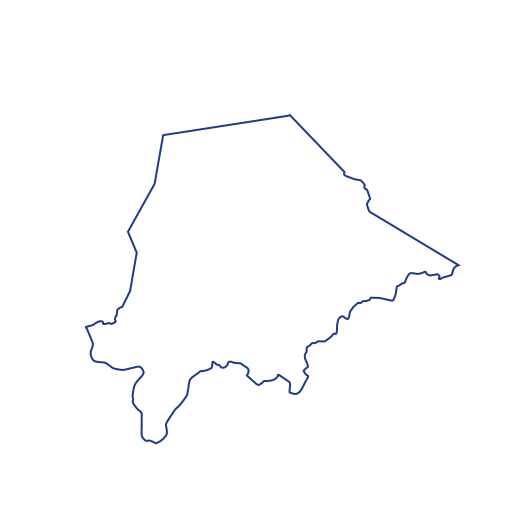 the district of La Virtud, Lempira, Honduras, rotated 71°
{"feature_id": "27666195B16098778662068", "entity_name": "La Virtud", "entity_type": "district", "adm_level": 2, "iso_a3": "HND", "parent_name": "Honduras", "parent_adm1": "Lempira", "projection": "mercator", "projection_center": [-88.659, 14.074], "detail": "fine", "context": "isolated", "style": "outline", "palette": "blue", "viewbox_px": 512, "rotation_deg": 71, "n_neighbors": 0, "source": "geoboundaries", "source_scale": "gbopen_adm2", "svg_char_len": 6118}
<svg xmlns="http://www.w3.org/2000/svg" viewBox="0 0 512 512"><g transform="rotate(71 256 256)"><path d="M330.6,67.5L251.4,134.0L250.8,134.2L249.9,134.4L247.8,134.5L244.1,134.4L243.2,134.2L242.8,134.0L240.9,132.1L240.1,131.1L239.4,129.8L239.1,129.5L238.7,129.4L234.8,129.4L230.3,129.4L229.8,129.5L229.3,129.7L228.3,130.6L227.8,130.9L227.3,131.1L226.7,131.2L226.2,131.2L225.7,131.1L225.4,130.9L224.7,130.3L224.1,130.1L223.3,130.3L222.0,130.7L220.0,131.6L218.6,132.3L215.1,138.5L213.0,140.8L210.2,144.3L209.3,145.2L208.2,146.0L207.6,146.1L207.1,146.0L206.1,145.5L205.4,145.0L133.8,178.1L134.1,178.6L111.5,304.4L154.8,328.4L191.4,369.2L214.0,367.7L248.2,386.5L260.5,399.0L260.5,400.6L260.7,401.8L261.1,403.2L261.8,404.7L266.9,407.2L267.2,407.5L267.5,408.2L267.7,408.6L268.2,409.0L268.7,409.3L269.8,409.8L270.4,410.0L271.0,410.1L271.8,409.9L272.1,410.0L272.4,410.2L272.7,410.6L273.0,412.6L273.2,414.2L273.2,414.9L273.1,415.2L272.9,415.5L272.0,415.9L271.6,416.5L271.2,419.9L271.0,421.3L270.7,422.2L270.4,422.5L270.0,422.6L269.7,422.6L269.3,422.4L268.9,422.3L268.5,422.3L268.1,422.5L267.7,422.9L267.3,423.6L267.0,424.1L266.9,424.8L266.8,426.5L267.1,428.6L267.4,430.1L268.0,431.9L268.2,432.6L267.7,439.8L267.9,439.9L268.2,440.0L269.7,439.6L270.9,439.5L281.5,438.8L284.5,438.7L285.9,438.8L286.7,439.0L289.0,440.4L290.4,441.5L292.0,443.0L293.0,443.6L293.7,443.9L294.5,444.1L296.6,444.5L298.3,444.5L300.0,444.3L301.4,443.8L302.4,443.2L302.9,442.7L303.5,441.9L304.8,439.7L305.9,437.4L307.0,434.7L307.6,433.7L308.9,432.4L311.5,430.4L314.9,428.2L315.6,427.6L316.2,426.8L317.4,424.9L318.8,422.4L320.4,419.0L320.6,418.3L320.8,416.8L321.1,413.9L321.9,405.7L322.1,404.1L322.6,402.5L322.8,402.0L323.3,401.6L324.4,400.9L325.6,400.4L327.1,400.1L328.8,400.0L329.8,400.3L330.5,400.8L331.4,401.7L332.3,402.9L334.3,406.7L336.5,410.3L338.2,412.3L339.0,413.1L339.9,413.8L343.4,415.9L346.9,417.7L348.9,418.5L350.6,418.6L351.5,418.8L352.1,419.1L353.1,419.8L353.8,420.1L354.6,420.1L355.5,420.0L356.9,419.7L358.3,419.3L360.7,418.5L362.7,417.6L363.6,417.1L364.9,416.2L365.6,415.8L366.8,415.5L367.9,415.5L368.9,415.7L372.7,417.1L378.4,419.0L385.6,421.7L388.1,422.4L389.1,422.5L389.9,422.5L391.2,422.2L392.7,421.6L393.9,421.0L394.6,420.4L395.0,419.9L395.3,419.3L395.4,418.8L395.5,417.6L395.9,416.6L396.7,415.6L397.8,414.3L400.5,411.7L400.4,409.7L400.2,408.0L399.8,406.3L399.2,404.6L398.8,403.5L398.3,402.5L397.1,400.6L395.8,398.8L395.0,398.2L393.8,397.7L391.6,397.0L388.6,396.6L387.4,396.4L385.8,395.8L385.0,395.3L384.1,394.4L381.1,390.7L377.2,385.6L375.5,383.4L374.3,381.4L373.1,378.4L371.2,375.1L368.1,370.4L365.4,366.8L364.7,366.2L362.0,364.7L358.6,362.8L355.1,361.1L353.7,360.3L352.0,359.1L351.1,358.1L350.4,356.9L349.6,355.0L348.1,349.7L347.2,347.2L346.9,346.1L346.9,345.5L347.0,345.1L347.5,343.6L347.7,342.5L347.9,340.1L347.8,336.8L347.6,335.6L347.4,334.6L347.2,334.3L346.9,334.0L342.4,331.7L342.0,331.5L341.9,331.3L342.0,331.1L342.2,330.9L343.3,329.9L344.1,329.4L345.3,328.9L345.8,328.5L346.2,328.0L346.8,326.9L347.5,326.2L348.1,325.8L349.4,325.4L350.0,325.1L350.5,324.5L350.8,323.8L351.1,323.0L351.1,322.1L350.9,321.1L350.6,320.1L350.0,319.0L349.6,318.4L348.9,317.8L348.1,317.4L347.6,316.9L347.4,316.3L347.3,315.5L347.5,314.7L347.9,313.9L348.4,313.2L349.5,311.9L350.2,310.7L351.5,308.0L352.0,306.2L352.4,305.6L354.8,303.9L358.5,301.0L359.5,300.4L360.5,300.2L361.6,300.2L362.2,300.4L362.8,300.7L363.8,301.3L364.8,302.1L365.3,302.7L365.8,303.5L366.2,303.5L377.0,297.4L377.9,296.7L378.6,295.9L378.8,295.4L378.8,294.9L378.5,293.3L378.1,291.8L377.7,291.0L377.1,289.9L376.9,289.1L377.1,288.2L377.6,287.0L377.9,286.0L378.5,283.1L378.8,281.0L378.7,279.0L378.5,277.8L377.5,275.5L377.2,275.0L376.9,274.7L375.7,274.0L375.6,273.6L375.8,273.2L376.2,272.8L377.5,271.8L385.4,265.9L386.0,265.6L386.4,265.4L387.0,265.4L387.8,265.4L389.1,265.7L393.9,268.0L395.1,268.5L395.6,268.6L395.8,268.6L396.2,268.2L396.9,267.5L398.1,265.9L399.1,264.2L399.5,262.9L399.4,262.8L399.4,262.1L399.4,261.2L399.0,259.8L398.5,258.8L397.2,256.8L395.0,254.3L391.7,251.0L387.7,246.5L387.1,246.0L386.7,245.9L386.3,245.9L385.0,247.0L383.5,247.6L381.9,248.1L380.1,248.4L379.8,248.1L379.4,247.3L378.5,245.3L378.0,243.5L377.8,243.1L377.5,242.9L377.3,242.8L376.3,242.7L374.0,242.6L372.5,242.7L370.7,243.0L369.5,243.0L368.3,242.9L367.3,242.7L366.1,242.3L365.1,241.7L364.5,241.1L363.5,239.9L362.5,239.1L361.5,238.6L359.8,238.3L359.4,238.0L359.1,237.7L358.7,236.9L358.2,234.7L357.8,233.7L357.0,232.2L356.7,231.2L356.9,230.5L357.3,229.3L357.5,228.4L357.4,227.2L356.9,225.8L356.9,225.1L359.0,219.2L359.1,218.7L358.6,216.8L357.6,213.6L356.5,210.9L355.4,209.0L354.9,208.1L354.9,207.7L354.9,207.3L355.1,206.9L355.6,206.3L355.6,205.9L355.5,205.6L355.4,205.3L354.9,204.9L353.7,204.2L351.7,203.3L348.0,201.9L345.3,200.5L343.4,199.3L342.8,198.8L342.2,198.0L341.5,196.8L341.2,195.9L341.0,194.8L341.1,194.0L341.4,193.6L341.6,193.3L343.5,191.9L345.2,190.5L345.4,190.1L345.5,189.7L344.9,188.8L344.0,188.0L341.6,186.5L339.6,185.5L339.0,185.0L337.7,182.9L335.9,180.7L335.7,180.1L334.7,177.5L333.5,175.0L333.5,174.6L333.5,174.3L334.3,173.4L334.5,172.7L334.4,171.8L333.8,170.6L333.6,169.9L333.8,168.7L334.2,166.9L334.4,166.0L334.5,163.3L334.4,162.8L334.1,162.3L333.8,162.0L333.3,161.6L333.0,161.3L332.9,160.9L333.0,160.5L335.8,152.9L341.9,143.1L342.5,141.9L342.6,141.3L342.5,140.8L341.3,139.4L339.8,138.1L337.8,136.6L337.1,136.1L331.2,133.1L330.8,132.7L330.6,132.3L330.6,131.1L330.5,130.1L329.5,126.8L329.5,126.0L329.7,124.9L329.6,124.1L329.0,123.4L327.7,122.4L326.8,121.7L324.2,118.9L323.6,118.1L323.1,117.3L322.8,116.6L322.6,115.9L322.6,115.2L322.8,114.5L325.8,108.5L326.1,104.9L326.1,103.8L325.9,102.2L325.9,101.6L326.1,101.1L326.3,100.8L326.7,100.6L327.9,100.6L328.8,100.2L329.8,99.4L330.9,98.1L331.1,97.8L331.3,96.8L332.2,90.8L332.4,90.3L333.6,89.5L334.2,89.2L334.6,89.1L335.2,89.2L335.6,89.4L336.0,89.7L336.3,90.2L336.7,90.4L337.0,90.4L337.4,90.3L337.6,90.0L337.7,89.7L337.7,88.6L337.4,86.8L337.3,85.7L337.6,79.1L337.6,77.9L337.5,77.5L337.2,76.9L336.6,76.3L334.8,75.1L333.8,74.4L332.8,73.5L331.9,72.7L331.3,71.3L330.8,70.0L330.6,68.8L330.6,67.5Z" fill="none" stroke="#1e3a8a" stroke-width="2"/></g></svg>